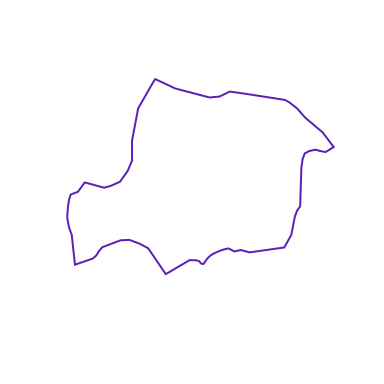 SVG path tracing the border of Novo Mesto, rotated 224°
{"feature_id": "SVN-212", "entity_name": "Novo Mesto", "entity_type": "Municipality", "adm_level": 1, "iso_a3": "SVN", "parent_name": "Slovenia", "parent_adm1": "", "projection": "orthographic", "projection_center": [15.192, 45.803], "detail": "fine", "context": "isolated", "style": "outline", "palette": "violet", "viewbox_px": 384, "rotation_deg": 224, "n_neighbors": 0, "source": "natural_earth", "source_scale": "10m", "svg_char_len": 1019}
<svg xmlns="http://www.w3.org/2000/svg" viewBox="0 0 384 384"><g transform="rotate(224 192 192)"><path d="M296.9,247.7L276.0,254.8L245.0,272.2L238.5,279.8L234.6,290.5L233.9,291.0L217.8,302.6L189.1,322.8L184.3,324.1L174.2,325.1L162.4,324.1L139.4,325.6L121.3,322.8L123.6,313.6L129.1,310.0L131.5,308.9L133.4,307.2L134.6,305.1L136.1,303.0L137.7,298.1L135.4,292.7L130.2,285.4L104.3,256.9L103.4,251.4L100.9,245.7L90.8,230.2L87.1,216.2L108.6,188.6L116.5,184.2L120.3,178.6L126.5,176.8L129.1,173.0L131.0,169.3L133.4,163.4L134.5,159.7L134.8,155.8L134.5,152.7L133.7,148.5L134.8,147.2L136.3,146.9L138.8,147.2L141.4,145.9L146.4,141.3L153.8,114.7L184.4,121.1L193.5,118.5L203.7,114.1L209.8,107.7L218.2,89.9L217.8,84.7L216.8,80.0L217.1,75.3L225.7,58.4L248.7,77.6L255.7,81.0L264.0,86.9L271.4,95.7L275.3,101.4L277.5,105.9L274.2,112.9L275.8,124.4L258.2,134.0L254.8,139.8L250.9,149.3L252.9,162.5L257.0,173.0L270.8,187.3L288.8,214.7L296.3,244.4L296.3,244.5L296.8,247.3L296.9,247.7Z" fill="none" stroke="#5b21b6" stroke-width="2"/></g></svg>